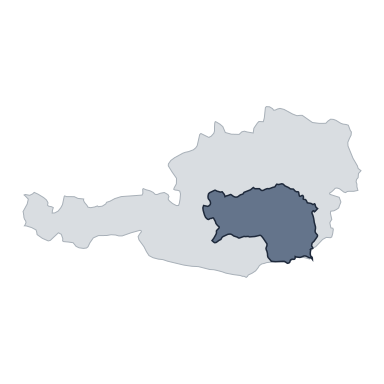 Austria, with Steiermark highlighted
{"feature_id": "AUT-2323", "entity_name": "Steiermark", "entity_type": "State", "adm_level": 1, "iso_a3": "AUT", "parent_name": "Austria", "parent_adm1": "", "projection": "orthographic", "projection_center": [15.015, 47.22], "detail": "fine", "context": "in_parent", "style": "filled", "palette": "slate", "viewbox_px": 384, "rotation_deg": 0, "n_neighbors": 0, "source": "natural_earth", "source_scale": "10m", "svg_char_len": 7023}
<svg xmlns="http://www.w3.org/2000/svg" viewBox="0 0 384 384"><path d="M23.0,211.7L27.2,204.0L28.3,199.1L25.3,196.0L24.1,195.0L25.2,194.5L29.7,195.3L32.6,193.9L34.2,192.4L38.1,194.2L43.7,197.6L46.4,199.9L47.4,201.6L48.0,202.9L47.5,205.2L48.7,206.2L51.5,206.7L53.3,207.6L52.4,210.5L52.2,213.1L54.8,212.9L58.1,211.1L60.8,207.8L62.5,204.6L64.2,196.5L64.6,195.9L66.5,196.6L74.3,196.7L77.9,198.4L83.7,199.0L83.5,200.3L84.4,202.3L86.9,205.3L88.0,207.2L90.7,207.7L94.9,206.9L97.4,205.9L98.3,206.7L102.2,206.2L105.7,204.0L106.6,202.3L110.0,201.2L114.8,198.6L121.2,196.6L142.0,195.1L142.9,193.3L142.7,189.2L143.3,188.6L145.9,189.7L150.0,190.8L153.2,192.4L155.2,194.4L157.1,194.5L160.2,193.3L164.3,192.5L168.0,194.6L169.0,196.8L168.3,197.8L168.3,199.6L169.5,201.0L172.5,203.5L176.4,205.6L178.5,205.5L179.3,203.5L180.1,198.9L180.5,193.9L179.7,191.0L177.6,190.3L175.0,190.0L173.7,189.3L174.2,187.8L176.4,183.8L176.5,178.3L172.1,172.0L168.3,165.9L168.4,163.9L170.9,160.4L174.6,157.7L182.8,153.2L185.3,152.3L188.6,151.6L193.4,149.8L195.7,147.9L197.2,145.7L199.7,134.6L200.2,134.1L200.9,133.5L209.0,137.5L209.7,136.9L211.1,136.3L213.8,133.3L214.5,131.1L214.5,126.8L214.8,122.8L215.3,121.6L216.5,122.1L220.0,124.2L222.8,126.6L225.3,132.5L231.4,134.2L239.1,134.4L241.9,131.8L244.4,131.2L247.2,132.0L253.2,133.0L253.9,128.2L257.3,123.2L258.9,121.5L263.3,121.7L264.3,118.0L265.4,107.7L266.3,106.6L269.5,106.8L272.6,108.7L273.6,110.2L275.2,110.1L277.5,109.0L280.0,108.4L284.0,109.4L292.5,114.0L296.9,115.7L299.7,115.4L302.3,115.4L312.4,122.5L319.4,123.4L325.8,123.3L327.9,121.1L330.6,119.2L333.4,119.4L335.9,120.3L340.8,123.3L343.1,124.1L346.1,124.5L348.3,125.2L350.3,130.5L351.4,132.0L351.3,132.6L351.1,135.1L349.5,138.3L347.8,142.4L348.0,146.0L353.0,158.3L357.3,165.7L358.2,168.5L361.0,170.7L358.5,173.5L358.1,177.7L356.5,179.5L356.1,181.9L356.9,184.0L356.9,186.7L357.9,190.4L353.8,191.3L348.9,191.3L347.2,191.5L345.6,192.6L343.9,192.1L339.4,188.7L336.9,188.0L335.1,188.3L333.8,189.8L331.6,191.8L329.5,193.2L330.0,194.4L339.2,197.3L340.9,202.0L339.3,206.0L338.7,207.9L336.6,209.4L333.9,210.8L330.7,211.2L330.4,213.3L331.8,219.5L330.8,220.9L329.8,222.8L330.9,227.9L332.8,228.2L333.3,229.4L333.0,231.4L332.7,233.6L332.0,236.0L331.7,237.0L330.4,237.7L326.3,237.4L322.7,239.4L315.7,246.7L313.2,247.9L310.5,250.8L310.8,257.1L310.4,257.7L309.7,259.0L301.1,256.8L300.8,256.9L295.1,257.7L291.2,260.6L286.4,262.3L276.4,261.5L266.6,262.6L264.3,263.4L261.8,263.9L259.4,265.6L258.0,267.9L255.6,270.9L252.1,273.2L248.3,275.0L247.4,276.5L246.2,277.4L244.1,276.3L242.4,276.3L240.3,275.5L233.4,274.6L225.8,273.1L222.2,271.8L218.1,270.7L213.8,269.7L209.8,269.5L207.8,269.0L198.4,266.6L192.1,266.3L183.9,265.1L167.6,261.2L162.9,259.6L158.3,259.1L153.0,257.7L149.0,255.6L146.5,251.7L143.9,246.6L139.0,239.9L138.1,236.6L139.7,233.9L141.4,231.8L141.2,230.8L140.0,230.3L131.0,232.8L122.2,235.9L118.8,235.9L115.5,235.0L111.1,234.7L106.8,235.5L98.4,235.6L93.3,237.9L89.9,242.8L88.0,246.8L86.5,248.0L83.5,248.4L79.1,247.8L76.1,246.4L73.1,242.7L68.2,242.0L63.7,241.6L62.6,240.9L62.8,238.7L61.3,234.3L58.4,232.8L50.3,240.4L48.2,240.9L42.3,238.3L37.1,234.6L36.7,232.0L36.0,229.9L31.7,227.6L26.2,225.9L24.4,225.8L25.2,224.6L26.0,222.6L25.7,221.0L24.5,219.2L23.9,217.3L23.8,215.6L23.5,214.1L23.4,212.7L23.0,211.7Z" fill="#d9dde1" stroke="#a8b0b8" stroke-width="1"/><path d="M312.8,248.4L311.0,248.9L310.7,249.1L310.3,249.6L310.5,249.8L310.6,250.3L310.3,252.3L310.3,252.5L310.2,253.5L310.3,254.7L310.8,256.3L311.8,256.9L312.3,257.9L312.4,259.4L311.6,258.3L311.1,258.0L310.2,257.8L309.2,257.7L306.2,256.2L304.9,255.9L303.6,256.1L301.9,256.8L300.6,257.3L299.4,257.4L296.0,256.9L295.2,256.5L295.1,257.5L295.1,258.3L294.8,258.9L294.6,259.1L294.4,259.2L293.8,259.4L293.1,259.2L292.2,259.2L291.2,259.5L290.5,260.0L290.1,261.0L289.9,261.7L289.8,262.1L289.6,262.4L288.8,263.0L287.5,263.3L286.4,262.7L286.2,262.5L285.4,261.8L284.1,261.3L281.6,261.4L275.8,261.7L274.4,261.6L271.3,261.3L271.3,261.2L271.0,260.8L268.1,257.5L267.6,256.0L267.5,253.8L267.0,251.4L266.3,249.9L266.1,249.0L266.0,248.4L266.1,248.0L266.3,247.2L266.6,246.6L266.9,245.8L267.0,243.9L263.4,238.5L261.7,236.3L261.0,235.7L260.6,235.4L259.9,235.3L254.9,236.5L249.4,236.9L248.2,236.4L245.3,236.6L244.0,236.4L239.5,238.0L238.7,238.0L238.3,237.9L238.2,237.7L237.7,237.4L236.9,237.0L233.8,236.0L232.0,234.7L230.8,234.1L229.2,234.1L227.9,234.3L223.0,236.6L222.3,237.1L221.9,237.6L221.7,237.9L221.5,238.3L220.8,239.5L219.1,240.3L216.3,242.4L215.5,242.6L214.7,242.7L214.3,242.5L213.7,242.1L212.0,240.6L213.7,238.4L215.7,234.9L216.3,233.6L216.5,232.9L216.4,231.6L216.5,230.7L216.9,230.2L218.2,228.9L219.1,227.8L219.2,227.1L218.9,226.6L217.6,225.6L216.1,223.7L215.8,223.1L215.6,222.4L215.5,221.8L215.2,221.2L214.3,219.6L213.6,218.2L213.0,217.8L212.3,218.0L211.6,218.4L210.4,218.5L209.6,218.8L209.0,219.3L208.4,219.5L207.7,219.3L207.0,218.8L205.6,217.4L204.5,215.0L203.2,210.5L202.9,208.2L202.9,207.7L203.3,206.5L203.6,205.5L207.7,206.4L208.2,206.2L208.7,206.0L208.9,205.8L210.0,204.8L210.2,204.6L210.3,204.3L210.5,203.7L210.5,202.8L210.3,201.7L209.9,200.8L209.6,200.3L209.0,199.6L208.5,199.0L208.2,198.3L208.1,197.6L208.0,196.9L208.1,195.7L208.3,194.8L208.5,193.9L209.1,193.2L209.8,192.6L214.6,190.3L215.1,190.2L215.5,190.3L216.5,190.9L217.1,191.2L218.5,191.5L219.6,191.9L220.3,192.1L222.2,191.8L224.2,194.3L224.7,195.5L224.8,196.0L225.0,196.7L226.1,196.0L228.3,195.4L230.0,194.7L230.6,194.5L231.0,194.6L233.5,196.4L234.4,196.8L235.3,197.1L236.6,197.1L237.7,196.8L239.7,195.3L240.8,194.7L242.2,194.3L243.0,193.9L243.5,193.4L243.6,192.9L244.1,192.3L250.5,189.8L253.3,187.5L254.9,188.7L259.5,188.7L259.7,188.9L260.1,189.3L261.4,190.4L262.4,190.5L263.5,190.3L264.6,189.6L266.4,188.9L267.2,188.6L267.9,188.6L268.7,188.7L269.1,188.7L270.4,188.3L272.7,187.4L274.4,187.0L274.9,186.8L275.3,186.3L275.5,185.8L276.7,184.2L278.6,184.5L278.9,184.5L281.6,183.8L282.4,183.9L283.2,184.2L285.0,185.9L288.7,187.6L290.4,188.9L293.4,189.1L294.3,190.1L294.8,190.8L295.5,191.2L296.3,191.7L296.8,191.8L297.2,191.8L297.6,191.7L298.2,191.8L298.5,192.1L298.7,192.5L299.0,194.4L299.2,195.2L299.5,196.1L299.9,196.3L300.4,196.3L301.9,195.5L302.4,195.4L302.8,195.5L303.0,195.8L303.3,196.3L303.4,196.5L303.4,196.9L303.5,197.3L303.4,197.8L303.2,198.4L303.2,198.7L303.3,199.2L303.6,199.3L303.9,199.4L305.0,199.4L306.1,200.2L306.7,201.3L307.3,202.8L310.9,203.4L312.0,203.9L312.4,204.3L312.7,204.5L313.1,204.5L313.5,204.3L314.5,203.8L314.9,204.1L315.0,204.4L315.2,204.8L315.2,205.3L315.3,205.6L315.6,206.3L316.0,207.3L317.6,208.6L315.1,211.3L314.3,211.8L314.1,211.5L313.9,211.0L313.7,210.7L313.2,210.8L312.7,211.2L312.0,212.2L311.9,212.7L312.0,213.3L312.8,215.2L313.3,216.8L313.7,218.6L314.1,221.1L314.2,222.1L315.5,226.9L315.5,228.6L315.1,230.7L315.1,231.3L315.3,232.3L315.7,233.0L317.4,235.0L317.5,235.6L317.5,236.0L317.2,236.7L316.0,238.5L313.9,241.4L312.3,242.8L312.0,243.4L311.8,244.1L311.8,244.7L311.6,245.8L311.7,246.2L311.9,246.6L312.4,247.0L312.6,247.3L312.8,248.1L312.8,248.4L312.8,248.4Z" fill="#64748b" stroke="#1e293b" stroke-width="1.5"/></svg>